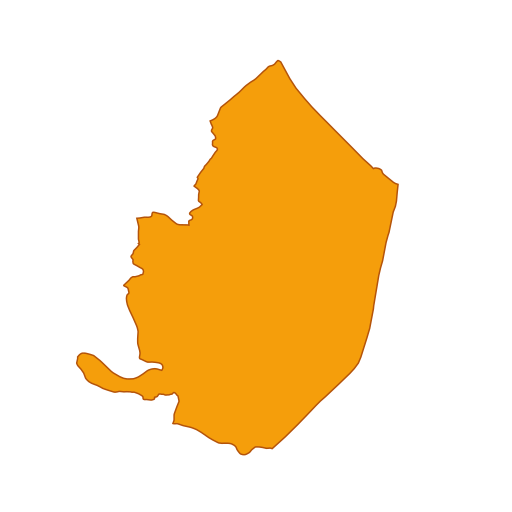 the district of Ban Phraek, Phra Nakhon Si Ayutthaya, Thailand, rotated 290°
{"feature_id": "78962969B33149444798126", "entity_name": "Ban Phraek", "entity_type": "district", "adm_level": 2, "iso_a3": "THA", "parent_name": "Thailand", "parent_adm1": "Phra Nakhon Si Ayutthaya", "projection": "equal_earth", "projection_center": [100.539, 14.646], "detail": "fine", "context": "isolated", "style": "filled", "palette": "amber", "viewbox_px": 512, "rotation_deg": 290, "n_neighbors": 0, "source": "geoboundaries", "source_scale": "gbopen_adm2", "svg_char_len": 5964}
<svg xmlns="http://www.w3.org/2000/svg" viewBox="0 0 512 512"><g transform="rotate(290 256 256)"><path d="M446.8,212.9L447.3,210.6L447.2,209.8L447.1,209.7L446.9,209.5L445.4,208.8L442.5,207.8L441.9,207.3L440.6,206.2L439.2,204.0L438.1,202.9L434.6,201.4L432.1,199.9L422.5,195.2L420.4,193.8L417.4,191.4L416.3,190.7L413.0,188.5L410.8,187.3L404.0,184.1L398.3,180.7L393.9,178.3L384.3,172.5L383.7,172.2L382.9,172.0L374.9,171.8L373.6,171.6L372.0,170.9L371.0,170.3L369.1,168.7L367.2,166.7L364.7,168.8L363.6,170.0L362.2,171.2L361.4,171.5L359.1,171.2L358.2,171.4L357.6,172.0L357.0,173.1L354.9,176.6L354.4,176.9L353.4,177.6L352.6,177.9L352.0,177.9L350.1,176.3L349.5,176.0L348.6,176.0L347.5,176.5L345.7,177.0L345.2,177.4L344.7,178.0L344.5,178.9L344.4,179.2L344.4,181.4L344.3,182.1L344.0,182.5L343.6,183.0L342.7,183.3L341.6,183.1L339.7,182.3L334.8,181.1L333.7,180.9L333.1,180.8L332.5,180.6L331.5,180.0L330.9,179.8L328.9,179.4L325.0,178.0L323.1,177.1L322.0,176.9L320.5,177.0L315.8,175.4L309.9,173.9L309.7,174.0L309.3,174.7L308.8,175.1L305.7,174.9L303.4,174.9L302.6,174.7L301.2,174.0L300.7,173.9L300.4,174.0L299.3,178.0L298.5,179.5L298.2,180.0L297.7,180.5L297.2,180.6L294.1,181.1L291.5,182.0L288.5,182.9L288.3,183.1L287.8,183.6L287.3,185.5L286.8,186.6L286.3,187.4L285.9,187.8L282.5,186.1L280.8,184.5L278.4,181.8L277.3,180.8L275.6,179.7L274.0,179.1L273.6,179.0L273.2,179.1L272.7,179.4L272.5,179.8L272.3,180.2L272.1,181.6L271.9,182.2L271.3,182.9L270.3,183.4L269.3,183.5L268.6,183.3L267.9,182.8L266.7,181.4L266.3,181.1L265.8,181.0L265.5,181.0L264.8,181.3L262.0,182.4L261.9,181.4L259.3,173.8L259.1,172.8L258.9,171.3L259.0,170.6L259.2,169.6L260.4,166.0L260.9,164.5L262.8,160.1L263.2,158.8L263.4,158.1L263.6,156.4L263.7,155.9L263.6,155.0L262.9,151.2L262.6,148.7L262.4,146.5L262.2,145.3L261.9,144.3L261.5,144.0L260.8,143.8L258.2,144.3L257.8,144.2L257.5,144.1L257.2,143.9L256.4,143.1L256.0,142.4L255.5,141.4L254.6,138.7L254.3,137.9L251.9,133.7L250.7,131.1L243.9,135.6L242.5,136.2L239.0,137.1L232.1,139.6L231.2,140.0L228.8,141.6L228.4,141.6L227.5,141.2L227.1,142.5L223.4,141.2L219.9,139.6L219.0,139.3L216.1,139.7L215.7,139.5L213.7,138.8L213.2,138.7L212.6,138.8L212.3,139.1L212.0,139.4L210.8,141.3L210.5,141.7L209.9,141.9L208.9,142.1L207.6,142.8L207.2,143.0L206.8,143.5L206.6,144.1L206.1,147.7L205.6,150.4L205.2,153.2L205.0,153.7L204.7,154.4L204.2,154.8L203.2,155.5L202.3,155.7L200.4,155.9L200.2,155.9L199.7,155.5L198.8,154.0L197.9,153.3L197.1,152.4L195.1,149.4L194.5,147.6L194.3,147.3L193.3,146.4L192.3,145.8L189.8,145.0L183.9,142.0L183.3,141.8L183.1,141.8L182.8,142.2L182.5,145.0L182.4,145.5L182.2,146.2L181.9,146.6L181.5,147.0L180.9,147.4L179.9,148.0L178.4,149.0L178.0,149.1L177.5,149.2L177.1,149.1L175.9,148.4L175.1,148.2L173.7,148.3L171.9,148.7L169.3,149.9L166.4,151.7L165.5,152.4L161.5,156.0L156.3,161.3L149.6,167.7L148.0,169.0L145.7,170.5L144.6,171.1L137.8,173.1L134.8,174.2L133.4,174.8L132.4,175.4L131.4,176.1L127.4,179.0L125.4,180.1L124.2,180.5L121.0,181.1L120.6,181.3L120.1,181.6L119.8,182.0L119.7,182.5L119.7,184.0L119.2,188.9L119.2,190.3L119.3,190.6L119.8,192.1L120.8,194.5L121.7,197.9L122.3,200.9L122.4,202.3L122.3,203.4L121.9,204.6L121.5,205.2L121.1,205.6L120.3,206.2L119.6,206.6L119.1,206.7L118.3,206.8L117.1,206.7L116.3,206.5L116.0,201.6L115.5,199.4L115.1,198.6L114.3,197.0L113.5,195.8L112.2,194.2L111.0,193.1L106.7,190.3L103.9,188.2L102.1,186.8L100.7,185.3L99.3,183.6L98.8,182.9L98.3,181.9L97.9,180.9L97.0,178.7L96.3,176.6L96.2,175.8L95.9,174.2L95.8,173.0L96.0,169.2L97.3,161.9L97.7,160.6L98.2,159.1L103.3,147.7L104.4,145.1L106.7,138.2L106.9,137.5L106.9,136.6L106.8,133.7L106.5,130.4L106.2,128.5L105.6,126.8L105.4,126.2L104.9,125.5L104.3,124.9L103.6,124.4L102.6,123.8L100.2,122.9L99.2,123.3L98.6,123.5L94.1,124.1L93.5,124.5L92.5,125.5L92.1,126.0L91.7,126.6L89.7,130.4L87.1,134.1L82.9,137.7L82.0,139.1L80.8,141.8L80.6,142.9L80.2,144.9L80.1,148.1L80.1,150.9L79.7,154.3L79.2,157.3L79.2,159.8L79.3,163.3L79.5,167.5L79.6,169.2L79.9,170.2L80.0,170.5L80.9,172.1L81.5,173.0L82.1,174.0L83.2,178.4L84.2,180.7L85.4,184.4L85.5,185.5L85.8,186.6L86.3,187.8L86.4,188.5L86.4,192.6L86.0,195.1L85.5,197.2L85.2,197.7L84.8,198.0L83.2,198.8L83.0,199.3L82.9,199.4L83.0,200.5L83.7,202.2L84.6,206.1L84.8,206.8L85.1,207.4L85.7,208.2L86.4,209.1L86.7,209.3L87.1,209.4L87.4,209.4L87.8,209.3L88.4,209.0L88.6,209.0L89.5,210.5L90.1,211.1L90.4,211.3L92.8,211.9L93.1,212.1L93.6,213.3L93.8,214.6L94.4,216.4L94.4,216.8L94.3,218.0L94.5,218.9L95.2,220.3L95.5,221.1L95.8,221.8L96.5,222.6L97.2,223.6L97.4,224.2L97.9,224.5L98.8,224.9L99.4,225.3L99.7,225.6L99.7,225.8L99.6,226.8L99.3,227.6L98.1,229.5L97.9,230.3L97.8,230.5L97.6,230.7L93.5,233.2L93.0,233.4L87.1,233.2L80.1,233.2L79.0,233.3L78.3,233.5L74.2,235.0L73.3,235.2L70.2,235.2L70.3,236.3L71.4,239.0L71.6,240.0L71.7,245.4L71.8,246.4L72.5,251.7L72.7,253.9L72.7,256.1L72.6,258.9L72.5,259.9L71.6,264.6L69.2,273.8L68.4,278.1L67.7,283.5L67.6,285.0L68.1,287.1L68.3,288.0L69.1,289.9L70.4,293.5L70.8,295.0L71.0,296.3L71.1,297.2L71.0,298.0L70.7,300.1L70.3,301.3L69.5,302.7L67.7,304.3L66.7,305.6L65.2,308.0L64.9,308.7L64.7,309.5L64.8,310.9L64.9,311.8L65.2,312.6L65.5,313.5L66.3,314.5L67.3,315.5L69.1,317.0L70.5,317.6L71.9,318.0L72.9,318.5L75.8,320.3L76.1,320.5L76.5,321.0L77.0,322.3L77.6,324.2L78.0,325.9L78.4,328.0L78.8,331.4L79.3,332.7L80.1,334.4L80.4,335.2L80.5,337.1L96.2,345.4L112.0,352.9L123.9,358.2L136.3,363.6L141.5,366.0L147.5,369.3L164.6,377.9L177.7,384.3L183.7,386.8L190.4,388.8L196.8,389.1L217.2,388.2L226.8,387.6L246.5,384.4L249.6,383.6L279.8,378.0L287.3,377.1L294.7,376.6L313.2,373.6L320.4,373.0L323.7,372.9L344.2,369.9L350.4,370.0L355.6,369.2L364.2,366.9L371.9,365.0L371.8,362.5L372.0,361.0L372.3,359.7L376.3,348.2L376.8,347.2L377.6,346.2L378.9,345.2L379.5,344.7L379.8,344.0L380.0,343.2L380.1,342.5L380.2,341.5L380.1,340.7L379.8,339.0L379.4,337.7L378.3,336.4L380.0,333.0L384.0,323.2L390.5,309.6L402.1,284.9L405.9,276.9L410.1,267.9L415.3,257.3L420.3,248.2L427.3,236.3L434.3,227.0L446.8,212.9Z" fill="#f59e0b" stroke="#b45309" stroke-width="1.5"/></g></svg>